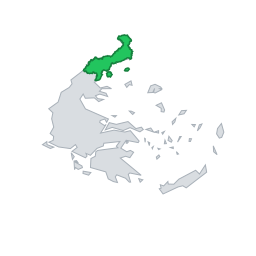 location of Anatolikis Makedonias kai Thr*, Anatoliki Makedonia kai Thraki, Greece, rotated 327°
{"feature_id": "26713481B84884565940454", "entity_name": "Anatolikis Makedonias kai Thr*", "entity_type": "district", "adm_level": 2, "iso_a3": "GRC", "parent_name": "Greece", "parent_adm1": "Anatoliki Makedonia kai Thraki", "projection": "mercator", "projection_center": [25.319, 41.071], "detail": "fine", "context": "in_parent", "style": "filled", "palette": "green", "viewbox_px": 256, "rotation_deg": 327, "n_neighbors": 0, "source": "geoboundaries", "source_scale": "gbopen_adm2", "svg_char_len": 8978}
<svg xmlns="http://www.w3.org/2000/svg" viewBox="0 0 256 256"><g transform="rotate(327 128 128)"><path d="M168.4,47.3L177.7,49.9L178.5,54.9L173.0,59.0L173.4,65.0L168.8,71.2L149.9,65.1L144.1,68.5L138.1,66.2L130.7,71.8L124.7,71.2L126.6,79.4L133.1,81.6L135.6,86.0L127.5,80.8L124.0,81.6L128.5,86.9L128.1,90.5L122.8,84.2L118.3,83.2L118.5,86.8L123.0,90.7L117.8,89.9L116.2,84.4L108.4,79.8L108.9,75.1L103.4,77.5L102.7,88.8L116.5,109.8L113.2,111.6L113.4,107.8L108.8,106.6L107.3,107.8L108.2,109.9L109.7,113.3L111.6,113.1L102.2,117.3L115.1,122.2L123.2,129.7L128.5,131.5L130.2,145.0L128.6,145.8L119.8,137.3L111.0,141.0L114.0,147.2L117.8,148.1L119.5,151.4L113.4,153.9L110.6,150.4L105.2,149.0L113.3,174.8L105.0,166.7L103.0,167.0L100.7,174.8L99.6,174.1L98.6,168.8L93.0,161.1L90.7,162.1L89.5,168.0L86.6,165.0L83.7,159.9L85.5,152.7L75.0,140.7L80.3,133.4L85.1,133.9L88.2,130.3L90.6,130.4L108.8,139.1L108.3,136.9L113.8,134.9L99.4,127.6L97.5,129.6L90.9,128.2L81.6,130.4L78.9,126.4L78.4,129.2L76.1,129.8L68.3,117.1L74.8,116.6L74.9,113.3L68.5,113.9L59.5,106.1L53.9,96.8L58.5,97.6L61.1,94.5L59.7,90.2L66.2,86.8L69.0,78.7L73.3,74.3L72.0,68.7L83.5,68.2L91.4,61.7L100.8,62.0L105.1,60.5L106.3,56.6L122.3,55.3L130.2,51.7L138.9,51.1L143.7,56.0L152.7,58.8L165.3,57.1L169.3,55.3L168.4,47.3ZM126.4,196.0L132.3,194.6L131.2,196.9L135.8,200.1L142.7,198.6L161.7,200.3L162.9,205.5L172.8,201.1L169.9,207.9L144.2,209.9L142.5,206.3L137.9,204.7L121.5,202.4L121.1,196.0L123.0,196.5L124.2,193.2L126.4,196.0ZM115.2,113.3L120.2,118.6L131.5,122.6L134.3,132.8L139.7,134.6L140.0,137.6L135.9,137.7L129.9,128.8L122.6,127.5L115.1,118.9L107.9,117.2L115.2,113.3ZM174.5,106.1L177.7,111.4L177.8,113.3L176.0,112.3L177.1,114.2L169.8,113.4L168.8,112.1L171.9,109.3L168.1,111.7L163.8,109.2L169.9,105.0L174.5,106.1ZM201.5,186.9L199.1,186.2L199.1,181.2L202.8,177.2L208.8,175.1L206.1,183.7L201.5,186.9ZM168.5,132.9L166.8,134.2L164.7,132.3L166.6,129.6L163.9,124.3L169.8,125.1L168.5,132.9ZM64.5,126.7L68.7,134.7L68.2,136.4L63.7,135.6L62.4,132.5L60.5,133.8L64.5,126.7ZM55.3,103.6L51.7,102.9L47.2,95.4L52.5,95.2L51.0,97.8L55.3,103.6ZM156.2,90.1L154.7,94.4L152.7,92.3L149.1,93.3L149.1,89.7L156.2,90.1ZM182.3,142.6L186.6,145.0L182.7,146.6L177.7,144.7L182.3,142.6ZM143.7,74.5L141.3,75.4L138.9,72.7L142.7,70.3L143.7,74.5ZM66.9,139.8L72.6,145.1L69.3,146.1L65.5,141.6L66.9,139.8ZM158.2,162.6L156.6,163.5L154.8,160.2L157.8,157.2L158.2,162.6ZM147.1,140.4L147.3,145.4L142.3,139.0L147.1,140.4ZM189.8,189.4L188.2,198.9L186.9,194.6L189.8,189.4ZM67.3,122.8L64.3,124.1L66.9,117.8L67.3,122.8ZM112.2,179.5L108.7,180.1L109.4,176.3L112.2,179.5ZM184.6,168.2L189.6,164.2L192.2,164.9L188.4,167.1L184.6,168.2ZM167.3,149.3L168.4,146.8L173.4,145.9L170.6,148.4L167.3,149.3ZM152.4,158.3L151.7,162.0L149.9,161.0L152.4,158.3ZM152.2,146.9L150.9,148.9L147.9,145.8L152.2,146.9ZM141.8,118.7L139.3,119.2L138.3,114.5L139.8,115.5L141.8,118.7ZM160.9,79.2L158.7,79.8L156.4,77.8L158.7,77.0L160.9,79.2ZM139.2,167.4L139.1,169.3L135.3,169.9L135.9,167.8L139.2,167.4ZM168.0,164.1L161.9,166.8L166.8,163.3L168.0,164.1ZM136.7,146.5L134.6,149.3L136.3,145.7L136.7,146.5ZM156.7,150.7L153.7,152.1L153.8,150.3L156.7,150.7ZM175.4,171.6L173.0,173.3L171.9,172.5L173.7,170.3L175.4,171.6ZM186.4,161.8L184.1,163.1L183.5,159.8L186.4,161.8ZM138.2,152.2L136.3,154.4L137.3,150.6L138.2,152.2ZM67.1,127.3L67.2,130.5L65.6,126.6L67.1,127.3ZM155.6,168.5L154.8,169.9L152.9,167.5L155.6,168.5ZM125.0,111.3L122.9,111.8L121.5,109.0L125.0,111.3ZM120.7,139.9L119.1,140.4L118.2,139.7L119.4,138.3L120.7,139.9ZM139.1,157.3L137.1,158.7L137.4,157.4L139.1,157.3ZM155.7,174.2L156.2,177.3L154.9,176.9L155.7,174.2ZM143.5,163.0L141.9,162.8L142.0,161.3L143.5,163.0Z" fill="#d9dde1" stroke="#a8b0b8" stroke-width="1"/><path d="M126.7,70.4L127.5,71.0L128.8,71.5L130.1,71.9L130.7,71.9L131.9,71.4L132.8,70.6L134.5,69.6L135.5,69.3L135.4,69.1L135.1,69.3L134.9,69.2L135.0,68.7L135.4,68.7L135.4,68.4L135.1,68.2L135.2,67.8L135.4,67.8L135.6,67.4L136.3,67.2L136.6,66.6L136.8,66.6L137.0,66.7L137.2,66.3L137.8,66.4L138.1,66.1L138.7,66.0L139.5,66.1L139.8,66.8L140.1,67.2L140.6,67.7L141.0,68.5L141.7,68.1L142.2,68.3L142.4,68.5L142.1,68.5L142.6,68.6L143.5,68.4L144.2,68.8L144.3,68.7L144.6,68.2L145.7,67.2L146.8,66.7L147.3,66.6L147.7,66.7L147.9,66.0L148.0,65.9L149.1,64.9L149.8,64.8L150.4,64.9L150.6,65.1L150.6,65.5L150.3,65.8L150.4,66.0L151.0,66.2L151.2,66.4L152.0,66.4L152.7,66.5L153.0,66.9L153.1,66.6L153.4,66.6L153.6,66.3L154.3,66.4L154.7,66.5L155.1,67.2L156.5,67.5L157.5,67.9L157.5,68.1L158.4,68.4L159.0,68.2L161.3,68.7L163.3,68.6L164.5,68.9L165.1,68.7L165.9,68.9L166.3,69.1L166.7,69.6L166.9,70.1L167.2,70.0L167.5,70.7L167.4,71.1L167.5,71.3L167.3,71.5L168.2,71.7L169.1,71.3L169.2,71.0L169.2,70.6L169.7,69.7L170.6,69.4L170.7,69.1L170.9,69.0L170.9,68.8L170.6,68.7L170.7,68.3L171.0,68.3L171.0,67.7L171.1,67.9L171.2,68.1L171.2,67.8L171.5,67.9L171.6,67.3L171.7,67.1L171.7,67.3L171.9,67.6L172.3,67.6L172.4,67.3L172.2,66.9L172.2,66.7L172.5,66.7L172.9,66.3L173.5,66.2L172.9,65.4L173.0,65.2L173.4,65.0L173.7,64.4L173.0,63.9L173.0,63.6L172.7,63.1L172.7,62.8L173.0,62.5L173.1,62.2L172.5,62.2L172.6,61.9L172.8,61.8L173.0,61.3L172.6,60.7L172.6,60.4L172.9,60.2L172.8,59.7L173.0,59.2L172.8,59.0L172.8,58.7L173.1,58.5L173.8,58.7L174.4,58.6L175.1,57.9L175.6,57.8L175.6,57.4L176.0,57.2L176.2,56.7L176.5,56.6L176.7,56.4L177.2,56.5L177.6,56.9L178.0,56.9L178.6,56.3L178.7,55.3L178.6,54.5L178.3,54.3L178.3,53.4L178.1,53.0L178.2,52.4L177.9,51.7L178.1,51.3L177.9,50.9L178.0,50.4L178.0,50.2L178.1,49.9L177.9,49.6L177.5,49.6L176.7,49.4L176.0,48.6L176.1,48.4L175.9,48.1L175.6,48.1L175.1,47.7L174.8,47.8L174.2,47.7L173.7,47.1L173.0,47.0L172.6,47.2L172.2,47.1L171.5,46.8L171.1,46.4L170.8,46.6L170.4,46.5L170.1,46.3L170.1,46.1L169.1,46.6L168.8,47.0L168.3,47.0L168.1,47.3L167.9,47.6L168.1,48.0L168.0,48.3L168.3,48.8L168.5,48.8L168.6,49.2L169.0,49.3L169.4,49.1L169.4,49.6L169.7,49.8L169.6,51.0L170.1,51.0L170.2,51.4L170.2,52.0L170.0,52.3L170.0,52.6L169.7,52.7L169.7,52.9L169.8,53.1L170.1,53.4L170.5,53.9L170.1,54.1L169.8,54.4L169.9,54.7L169.8,55.1L169.5,55.5L169.3,55.6L169.3,55.8L169.2,56.0L168.7,56.0L168.5,56.3L168.4,56.3L167.4,56.2L167.0,56.3L166.8,56.8L166.3,57.0L165.6,56.9L164.9,57.3L164.7,57.3L164.4,57.1L164.4,56.7L164.0,56.7L163.9,56.5L163.5,56.3L163.3,56.5L162.8,56.6L162.6,56.9L162.3,56.8L162.1,57.0L161.5,57.0L161.4,57.6L160.3,57.1L159.5,57.3L158.5,57.0L158.2,57.3L158.0,58.0L157.8,58.0L157.7,57.9L157.4,57.8L156.9,57.8L156.1,58.0L156.0,58.3L155.2,58.5L154.9,58.4L154.2,58.9L153.5,58.8L153.3,59.0L152.9,58.8L152.3,58.8L152.4,58.6L152.1,57.9L151.4,57.5L151.3,57.2L150.4,56.8L150.3,56.6L150.3,56.4L150.1,56.4L149.8,56.6L149.4,56.4L149.0,55.8L147.5,55.5L147.1,55.2L146.8,55.2L146.3,54.7L146.0,54.8L145.7,55.1L145.2,54.9L144.6,54.9L144.6,55.2L144.5,56.1L144.4,56.2L144.2,56.3L144.0,56.0L143.6,55.8L143.2,55.3L142.9,54.5L142.5,54.4L142.2,54.5L142.0,54.3L141.6,54.5L141.6,54.1L141.4,54.0L140.7,54.3L140.4,53.9L140.4,53.5L140.3,53.2L139.9,53.0L139.7,52.4L139.8,52.1L139.4,51.4L139.6,51.1L139.1,50.7L138.7,50.9L138.2,51.0L137.9,51.3L137.9,51.7L137.6,51.9L137.4,51.7L137.0,51.7L136.8,51.5L136.6,51.4L136.4,51.5L136.0,52.0L135.5,51.8L134.9,52.1L134.7,51.8L134.8,51.4L134.6,51.1L134.2,50.9L134.3,50.7L134.0,50.6L133.4,51.2L133.1,51.2L133.1,51.3L132.8,51.6L132.8,51.9L132.6,52.0L132.4,52.0L132.1,51.5L131.7,51.6L131.6,51.4L131.3,51.4L131.0,51.2L130.7,51.3L130.6,51.6L130.3,51.9L130.4,52.4L130.3,52.8L130.5,53.3L130.0,53.6L129.6,53.5L129.5,53.2L129.3,53.5L128.6,54.0L128.1,53.7L128.0,53.4L127.5,52.9L127.4,53.1L127.4,53.5L127.1,53.7L126.9,53.6L126.7,53.7L126.4,53.7L126.0,54.0L125.4,54.0L125.2,54.5L124.8,55.0L124.5,54.8L123.4,54.8L123.0,54.7L122.5,55.1L122.5,55.4L122.3,55.5L122.1,55.5L122.1,55.8L122.1,56.1L122.2,56.3L122.2,56.9L122.6,57.1L123.6,57.1L123.8,57.4L123.9,57.7L123.6,58.0L123.5,58.6L123.7,59.0L123.6,59.3L123.8,59.5L124.0,59.5L123.9,59.8L123.9,60.1L124.2,60.2L124.4,60.1L124.8,60.5L124.9,60.8L125.3,61.1L125.4,61.4L125.6,61.4L126.2,61.7L126.5,61.7L127.1,62.2L127.5,62.3L127.7,62.5L127.7,62.8L128.3,62.8L128.6,62.3L129.0,62.1L129.2,62.5L129.3,62.5L129.7,62.8L129.8,62.7L129.9,63.0L129.8,63.7L130.1,63.7L130.1,63.9L130.3,64.1L130.6,64.2L130.9,64.6L131.4,64.8L131.3,65.1L131.1,65.5L131.3,66.0L130.9,66.5L131.0,66.9L131.0,67.0L130.9,67.1L130.6,66.8L130.2,67.0L130.4,67.5L129.9,67.5L129.6,67.6L129.7,67.9L129.0,68.3L128.9,68.6L128.7,68.8L128.4,69.1L128.2,69.2L127.9,69.4L127.1,69.5L126.5,69.9L126.8,70.3L126.7,70.4ZM141.7,70.3L141.4,69.9L140.4,70.5L140.1,70.9L139.7,70.8L139.6,71.4L139.2,72.0L139.0,72.5L138.8,73.3L138.8,73.8L139.0,74.0L139.1,74.3L140.0,74.2L140.3,74.4L140.6,74.7L140.8,75.3L141.2,75.3L141.2,75.6L141.6,75.5L142.3,75.0L143.1,74.8L143.4,74.5L143.5,74.5L143.8,74.4L143.5,73.1L143.9,72.8L143.8,72.3L143.5,72.2L143.4,71.9L143.5,71.6L143.8,71.6L143.7,71.3L143.3,71.2L143.0,71.0L142.8,70.7L142.7,70.3L142.2,70.5L141.7,70.3ZM158.7,77.1L157.8,77.2L157.4,77.4L156.8,78.0L156.5,78.1L156.6,78.4L157.5,79.2L158.1,79.4L158.6,79.9L159.2,80.0L161.1,79.3L161.0,78.9L161.1,78.2L160.3,77.5L158.7,77.1Z" fill="#22c55e" stroke="#15803d" stroke-width="1.5"/></g></svg>